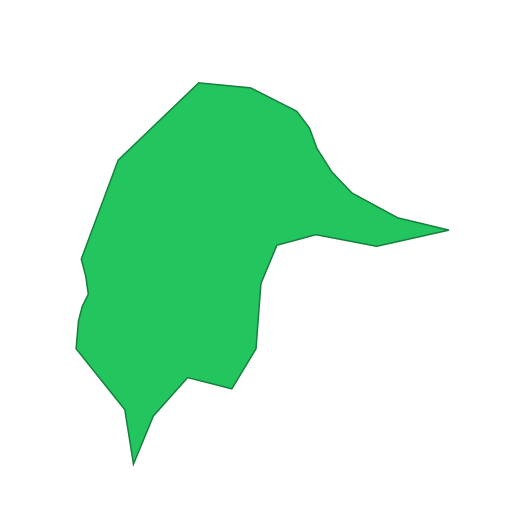 map outline of Kween (Mercator projection), rotated 259°
{"feature_id": "UGA-5612", "entity_name": "Kween", "entity_type": "District", "adm_level": 1, "iso_a3": "UGA", "parent_name": "Uganda", "parent_adm1": "", "projection": "mercator", "projection_center": [34.563, 1.396], "detail": "fine", "context": "isolated", "style": "filled", "palette": "green", "viewbox_px": 512, "rotation_deg": 259, "n_neighbors": 0, "source": "natural_earth", "source_scale": "10m", "svg_char_len": 497}
<svg xmlns="http://www.w3.org/2000/svg" viewBox="0 0 512 512"><g transform="rotate(259 256 256)"><path d="M199.3,61.7L226.0,69.3L239.5,75.7L250.6,84.1L268.4,85.0L286.3,83.9L332.8,112.3L376.4,139.0L436.9,232.8L422.0,282.9L390.3,323.6L371.1,333.0L350.1,336.3L323.8,346.6L299.4,362.3L266.4,402.5L244.6,450.3L242.5,376.3L265.5,318.8L262.6,278.6L228.1,255.6L164.9,238.3L130.2,206.9L149.7,165.7L118.5,124.7L75.1,96.0L130.2,97.9L199.3,61.7Z" fill="#22c55e" stroke="#15803d" stroke-width="1.5"/></g></svg>